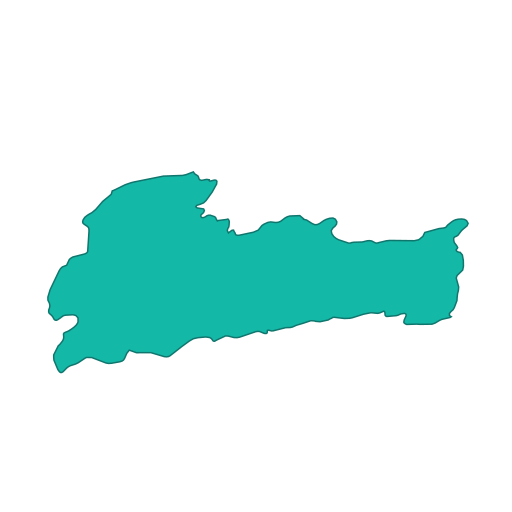 the State of Chin, rotated 82°
{"feature_id": "MMR-3274", "entity_name": "Chin", "entity_type": "State", "adm_level": 1, "iso_a3": "MMR", "parent_name": "Myanmar", "parent_adm1": "", "projection": "mercator", "projection_center": [93.495, 22.37], "detail": "fine", "context": "isolated", "style": "filled", "palette": "teal", "viewbox_px": 512, "rotation_deg": 82, "n_neighbors": 0, "source": "natural_earth", "source_scale": "10m", "svg_char_len": 4488}
<svg xmlns="http://www.w3.org/2000/svg" viewBox="0 0 512 512"><g transform="rotate(82 256 256)"><path d="M171.5,389.3L171.3,388.1L167.2,375.5L166.0,369.3L165.7,366.2L164.0,336.6L166.0,317.5L165.7,313.8L164.0,306.3L164.9,305.9L165.8,305.4L166.6,304.8L167.2,304.0L168.6,302.4L170.0,301.9L171.4,301.8L172.7,301.1L173.5,299.4L173.5,297.7L173.3,295.9L173.3,294.1L174.0,291.7L174.2,291.8L174.8,291.9L175.3,291.6L175.4,290.3L175.0,286.8L175.3,285.2L176.5,284.3L179.3,285.0L186.6,290.5L194.1,297.7L196.1,300.5L197.0,304.0L197.6,307.6L198.8,308.8L200.2,307.6L201.3,304.0L202.1,301.3L203.8,300.8L205.7,301.9L207.2,304.1L207.8,304.8L208.5,305.1L209.3,305.1L210.1,304.6L210.3,304.3L210.5,304.1L210.6,303.2L210.6,302.3L210.4,301.4L210.1,300.6L209.3,299.0L209.0,297.3L209.2,295.7L211.3,291.5L212.4,290.6L213.8,290.3L215.9,289.4L215.6,288.4L215.7,280.0L215.5,279.0L215.8,278.3L217.2,277.8L218.3,277.7L221.3,278.3L223.4,278.9L225.0,280.2L226.8,280.9L229.3,280.1L227.2,276.3L227.2,274.7L227.4,274.5L227.9,274.6L230.4,273.5L231.6,273.3L232.5,272.7L233.0,271.1L233.1,269.9L232.1,255.3L230.7,250.2L226.6,245.8L225.6,243.7L224.4,239.6L224.3,236.7L225.6,231.8L225.7,229.1L225.0,226.6L222.4,222.0L221.5,219.6L221.1,217.0L222.1,207.0L225.9,203.6L226.3,203.8L227.4,200.9L231.6,196.0L233.2,193.4L233.4,191.0L232.7,188.5L230.4,184.0L229.5,181.4L228.9,177.9L229.1,174.5L230.6,172.3L233.4,171.2L235.6,171.8L237.4,173.5L239.0,176.0L241.4,178.0L244.5,177.8L247.5,176.3L249.7,174.3L251.4,172.0L256.2,162.3L256.3,160.7L256.0,159.2L256.0,157.2L256.9,148.8L256.4,143.5L256.6,141.3L257.3,139.2L259.6,136.0L260.0,134.9L260.0,133.8L259.8,132.4L259.1,125.0L259.2,121.5L262.9,97.2L262.6,93.0L262.1,91.7L260.6,89.4L259.9,88.1L256.2,85.6L254.3,71.0L254.4,66.4L254.1,64.4L253.6,63.5L252.9,62.9L251.9,61.7L249.5,57.6L248.5,55.5L247.9,53.3L247.7,50.6L247.9,48.2L247.9,47.5L248.7,44.6L250.2,42.6L253.2,41.4L255.5,42.8L258.7,47.9L259.9,49.4L263.7,53.3L264.4,55.0L264.8,56.6L265.7,57.7L267.8,58.0L270.2,57.8L273.8,55.8L275.7,55.1L276.4,55.5L277.1,56.3L277.8,57.0L278.9,56.7L279.6,56.1L280.1,55.3L280.6,54.3L280.8,53.3L283.7,51.5L289.2,51.3L295.0,52.0L298.7,53.3L303.3,59.6L305.7,60.8L314.9,59.6L318.3,60.4L321.5,61.7L325.5,62.7L328.1,63.2L334.7,66.8L336.6,68.3L338.2,70.7L339.9,72.5L341.9,72.7L343.3,71.1L343.9,72.4L344.6,80.7L345.2,82.9L347.3,87.9L348.0,91.2L346.5,103.1L345.8,106.5L344.8,115.8L344.8,116.1L344.5,116.8L344.0,117.5L343.2,118.4L342.6,118.8L341.6,118.7L339.9,118.1L336.1,115.7L335.3,115.6L334.6,115.6L334.2,115.8L333.5,116.9L333.5,120.6L334.4,123.7L334.6,125.4L334.1,134.9L333.5,135.9L332.5,136.4L329.6,136.2L328.4,137.0L329.6,141.5L329.7,143.6L328.3,149.5L328.2,150.9L328.6,157.6L330.6,169.5L330.7,172.0L330.2,177.1L327.6,187.0L327.5,188.5L328.2,189.9L328.6,191.6L329.4,193.4L330.0,201.7L329.0,206.1L328.4,207.2L327.7,210.7L329.2,218.9L330.2,225.6L331.4,229.8L331.6,232.0L331.1,236.6L332.5,249.5L332.3,251.2L331.1,254.2L331.3,255.1L332.9,255.4L333.8,255.8L334.2,256.8L333.8,258.6L331.3,262.9L330.9,264.5L330.9,266.8L334.1,283.6L334.2,286.1L333.7,289.1L331.4,294.7L330.9,297.3L333.5,305.8L334.3,308.1L334.6,308.6L334.6,309.4L334.1,310.3L332.2,311.3L331.1,312.2L330.3,313.2L329.2,317.0L328.8,324.9L329.2,329.6L330.9,333.8L335.4,342.2L340.7,351.3L342.8,355.0L343.4,356.6L343.4,358.7L342.9,360.8L337.1,373.5L335.1,387.9L331.6,394.6L334.4,397.5L339.1,400.4L340.6,401.7L341.4,403.3L341.8,405.6L342.1,413.8L341.9,416.8L341.1,419.4L333.7,432.8L332.9,437.8L333.2,439.1L337.0,447.0L337.9,449.9L338.8,455.2L339.5,457.1L340.4,458.8L343.7,463.1L344.0,463.8L344.3,464.5L344.3,465.5L343.4,466.7L340.9,468.0L331.0,470.6L327.8,470.4L325.8,470.1L317.4,464.3L316.2,462.5L313.3,459.5L311.6,458.3L309.6,457.7L306.4,457.5L305.6,456.9L305.0,455.4L304.6,453.6L303.8,451.1L303.2,450.2L303.0,449.5L301.3,446.3L299.5,443.7L297.8,442.2L296.6,441.4L292.5,440.9L290.0,442.5L289.3,443.9L288.7,445.6L288.1,452.8L288.2,454.4L288.4,455.1L288.7,455.9L289.1,456.5L289.5,457.4L289.9,457.9L291.5,461.2L291.9,462.6L291.5,463.9L290.5,464.8L288.0,465.7L286.5,466.6L283.9,468.8L282.5,469.1L280.7,468.8L278.2,467.5L276.2,467.0L273.8,467.2L270.8,468.2L267.7,467.8L260.6,464.5L243.4,453.1L241.4,451.4L240.3,450.0L239.8,449.1L238.8,444.8L233.4,441.3L232.4,439.7L231.5,437.6L230.1,425.1L229.4,423.2L228.3,422.1L208.1,417.9L206.0,417.7L204.6,417.9L203.3,418.8L200.6,421.8L199.3,422.8L197.9,422.9L196.2,422.2L193.9,420.2L192.3,417.5L191.3,415.3L190.3,412.6L187.6,408.2L180.6,400.2L174.8,390.8L171.5,389.3Z" fill="#14b8a6" stroke="#0f766e" stroke-width="1.5"/></g></svg>